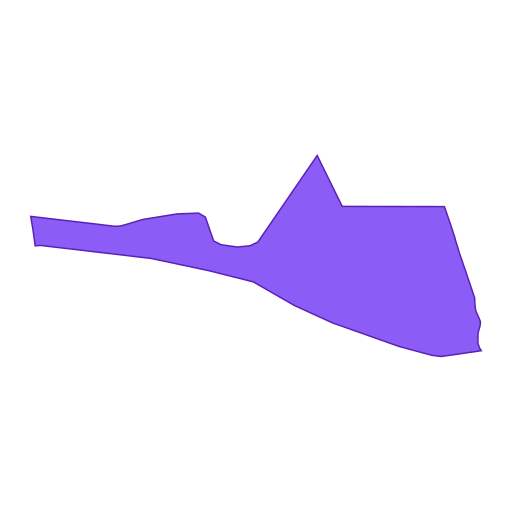 Nakhl, Shamal Sina', Egypt (Albers equal-area conic projection)
{"feature_id": "37247803B50825531526089", "entity_name": "Nakhl", "entity_type": "district", "adm_level": 2, "iso_a3": "EGY", "parent_name": "Egypt", "parent_adm1": "Shamal Sina'", "projection": "albers", "projection_center": [34.247, 29.91], "detail": "fine", "context": "isolated", "style": "filled", "palette": "violet", "viewbox_px": 512, "rotation_deg": 0, "n_neighbors": 0, "source": "geoboundaries", "source_scale": "gbopen_adm2", "svg_char_len": 823}
<svg xmlns="http://www.w3.org/2000/svg" viewBox="0 0 512 512"><path d="M35.2,245.9L40.2,245.4L151.4,258.5L208.9,270.7L253.3,281.9L285.0,300.1L294.4,305.5L332.5,322.9L399.1,346.5L431.8,355.3L441.3,356.5L456.8,354.3L481.3,350.7L479.4,347.7L478.0,343.4L477.9,340.4L478.0,336.5L478.0,333.7L478.4,331.7L479.8,326.7L480.3,324.5L480.4,321.5L478.6,317.2L476.2,311.9L475.4,308.9L474.9,303.4L474.6,297.6L473.9,295.7L470.2,284.6L466.9,275.1L465.9,271.7L463.6,265.4L462.2,261.0L459.4,253.1L457.9,247.9L455.3,239.6L454.9,237.7L450.8,225.1L445.9,210.9L444.4,206.6L342.2,206.4L317.2,155.5L257.8,242.1L249.8,245.8L237.2,247.0L229.2,245.9L221.2,244.7L213.7,241.0L210.1,230.9L205.4,217.1L198.6,213.1L177.2,213.9L143.1,219.4L120.7,226.0L114.9,226.3L30.7,216.4L32.8,228.6L35.2,245.9Z" fill="#8b5cf6" stroke="#5b21b6" stroke-width="1.5"/></svg>